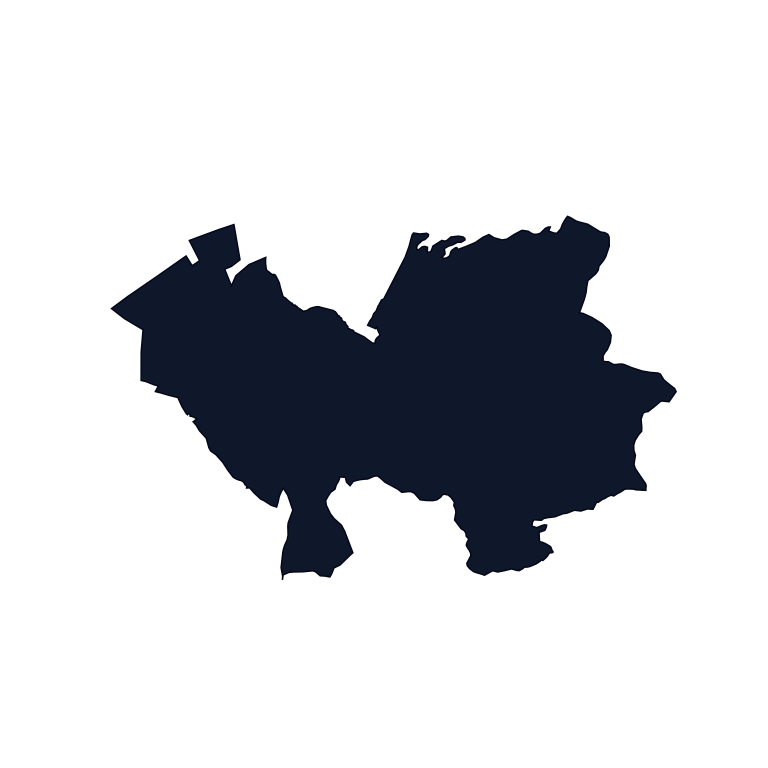 the district of Bocsa, Caras-Severin, Romania, rotated 19°
{"feature_id": "2599482B42018204539713", "entity_name": "Bocsa", "entity_type": "district", "adm_level": 2, "iso_a3": "ROU", "parent_name": "Romania", "parent_adm1": "Caras-Severin", "projection": "equal_earth", "projection_center": [21.744, 45.393], "detail": "fine", "context": "isolated", "style": "filled", "palette": "ink", "viewbox_px": 768, "rotation_deg": 19, "n_neighbors": 0, "source": "geoboundaries", "source_scale": "gbopen_adm2", "svg_char_len": 6158}
<svg xmlns="http://www.w3.org/2000/svg" viewBox="0 0 768 768"><g transform="rotate(19 384 384)"><path d="M541.3,532.1L547.6,525.1L552.6,524.8L559.4,520.8L564.6,517.4L566.7,517.2L570.7,517.0L572.8,516.3L575.3,513.4L576.5,511.3L578.3,510.8L580.7,509.5L583.6,507.1L586.7,504.2L589.3,500.8L590.0,499.2L591.7,499.1L593.7,495.4L594.6,493.4L595.4,489.8L596.9,489.3L598.5,488.3L598.3,487.4L597.2,486.8L595.0,484.0L593.4,483.3L588.4,482.3L584.7,482.1L583.7,482.4L582.8,482.2L581.9,481.4L580.3,477.2L579.3,474.9L579.0,474.0L579.4,473.4L583.0,470.6L583.8,469.7L583.9,468.8L584.0,465.9L583.7,464.5L581.6,464.9L579.4,466.4L575.4,470.0L575.0,470.1L570.4,470.2L569.8,469.0L569.4,466.2L570.0,463.6L577.2,461.6L578.9,459.1L581.0,457.9L582.1,457.1L584.2,456.2L589.0,453.8L595.3,448.5L599.0,446.6L605.1,441.4L611.5,440.0L617.0,435.9L622.4,434.4L623.5,426.4L625.0,426.2L628.5,421.5L629.8,420.7L632.2,417.6L634.9,415.2L637.6,415.1L640.8,411.1L642.1,410.0L646.0,405.0L648.2,404.0L653.9,402.2L656.7,402.0L666.2,399.3L665.5,397.1L665.1,395.1L664.5,394.0L663.7,393.0L655.3,386.8L649.0,382.0L646.5,378.5L644.9,369.5L642.0,365.6L640.0,360.5L639.8,355.4L641.3,349.0L643.0,344.9L642.2,342.1L641.1,339.3L638.6,333.8L638.5,330.4L638.6,327.2L639.3,326.2L640.3,325.4L641.4,324.7L642.6,324.2L646.8,317.7L650.7,311.1L652.2,309.6L659.3,308.0L662.7,296.1L660.3,293.7L653.9,291.5L647.6,289.1L644.8,287.0L642.2,284.7L639.6,284.4L631.8,286.4L623.7,287.7L612.9,287.9L604.5,287.4L602.0,287.8L600.5,288.4L595.9,290.5L593.9,290.8L589.0,289.9L586.5,290.7L583.8,291.1L582.0,286.1L582.6,282.4L583.9,278.9L584.5,271.0L582.9,264.0L579.5,260.2L570.5,256.1L558.9,253.4L549.4,252.5L547.4,252.7L545.6,253.3L545.8,238.3L545.3,231.8L544.0,225.9L543.1,219.9L548.4,210.7L549.5,206.7L548.9,202.5L550.9,197.0L551.7,194.2L552.2,191.3L552.1,180.3L549.0,171.8L547.0,169.7L546.1,169.4L543.3,169.0L540.6,169.6L538.7,169.7L524.7,166.6L515.5,167.3L512.3,167.3L506.4,166.0L503.0,165.7L502.0,168.4L501.2,172.1L500.7,175.0L500.6,179.8L498.4,185.2L495.5,185.9L489.9,185.8L490.1,181.4L488.2,182.1L486.0,184.1L482.7,190.6L480.1,192.5L477.0,193.7L473.8,193.4L470.6,192.6L464.4,193.8L458.4,200.2L453.0,207.1L448.6,209.4L440.4,209.9L434.6,208.5L429.9,212.9L424.3,220.5L416.5,227.5L410.9,232.1L410.0,232.4L409.0,232.1L408.5,231.3L407.0,232.1L404.5,235.7L404.2,237.3L404.3,241.5L402.4,244.1L399.5,245.9L397.3,245.2L398.3,244.0L399.4,241.1L397.0,236.3L400.1,232.7L404.0,229.8L407.2,226.2L410.8,224.9L413.7,221.4L412.9,219.9L410.6,219.2L406.1,220.0L399.4,223.2L396.5,228.1L394.7,229.2L392.0,229.4L385.4,237.6L385.3,242.1L384.9,244.0L382.0,245.3L380.6,240.5L377.8,240.6L375.5,241.8L372.8,246.2L371.1,245.7L370.3,243.9L370.6,241.2L373.5,235.8L375.7,234.1L377.8,230.0L377.4,228.1L375.3,227.6L369.0,230.5L362.8,231.6L362.1,233.5L362.3,237.9L362.9,245.7L362.7,257.4L356.1,303.6L354.2,305.5L353.8,308.4L353.6,309.3L353.5,310.9L353.1,311.6L352.8,317.6L351.4,320.8L351.3,324.6L351.2,325.5L350.0,329.5L349.4,333.8L358.1,334.4L358.4,332.5L362.2,336.9L364.4,338.9L362.4,342.5L361.9,343.9L361.7,345.3L362.0,347.8L361.7,348.5L359.9,349.1L359.4,349.0L349.6,345.9L338.8,344.6L338.2,344.3L337.9,343.5L337.5,343.4L335.9,343.3L334.6,343.6L333.4,343.0L332.8,343.1L332.4,343.5L331.8,343.5L331.7,343.1L331.4,342.7L331.4,341.7L329.6,340.5L329.0,340.8L328.6,340.8L328.4,340.4L328.5,339.7L327.9,339.4L327.7,338.6L327.4,338.3L326.7,338.1L325.3,338.2L324.6,338.0L323.1,336.9L322.4,335.5L321.1,335.4L319.1,334.1L318.9,334.1L318.6,334.9L318.2,334.9L317.1,333.3L315.1,331.9L314.2,331.4L313.4,331.5L312.2,331.0L298.8,332.1L297.5,332.1L295.7,332.6L293.9,333.5L290.7,335.7L289.1,337.0L288.1,338.6L286.7,340.0L285.9,340.5L285.1,340.8L284.2,341.5L276.8,339.6L276.7,339.2L276.3,338.9L275.0,339.3L274.8,338.7L274.2,338.3L273.8,338.6L273.7,339.0L273.0,338.7L272.2,338.6L271.7,338.8L271.5,338.1L271.1,337.6L269.6,337.6L265.9,336.2L262.7,334.7L261.2,334.6L260.3,334.1L260.0,334.1L254.6,326.5L252.2,322.7L250.3,320.6L246.5,317.0L245.9,316.5L245.4,316.3L244.2,316.2L244.2,317.3L242.1,316.6L240.6,316.3L239.4,315.7L236.3,314.8L235.2,313.5L232.9,308.8L231.7,305.6L231.0,302.8L217.5,315.0L208.7,329.9L207.8,340.9L196.0,327.3L201.5,322.4L207.4,313.4L190.2,282.1L177.0,292.2L153.2,311.7L169.5,327.4L164.1,334.6L155.2,327.4L134.0,356.6L113.3,384.6L101.8,401.4L117.1,406.6L138.5,411.1L144.0,432.8L153.2,459.7L157.7,459.2L166.4,459.6L171.3,459.3L170.3,465.6L175.7,465.1L184.6,464.7L193.5,463.9L200.3,471.1L206.7,476.4L208.3,477.0L208.8,475.6L210.5,475.7L210.6,476.2L211.0,476.7L210.9,477.4L211.4,477.5L213.0,477.2L215.0,477.3L215.5,477.5L216.3,477.4L218.4,478.1L215.8,481.8L219.7,484.0L224.8,488.3L233.6,493.1L239.2,501.3L242.0,503.8L248.0,505.5L257.0,510.5L264.1,516.1L271.7,521.2L273.9,521.7L276.1,522.0L278.4,522.0L280.7,521.8L284.3,522.9L284.2,523.4L285.7,524.7L286.4,524.5L286.7,524.7L287.0,525.2L287.8,525.8L287.9,527.1L290.8,525.9L296.6,529.3L304.8,532.9L308.6,533.4L316.8,535.4L322.5,535.3L322.3,530.3L321.6,524.7L321.6,523.9L321.9,519.6L322.6,515.3L329.1,520.4L338.9,533.0L338.6,546.4L339.4,549.8L342.5,558.1L343.2,563.2L342.8,566.4L342.6,569.6L342.7,572.8L343.1,576.0L346.5,591.1L350.8,598.8L351.7,602.3L350.8,597.3L355.5,593.0L359.6,591.2L368.6,587.9L377.3,583.9L380.4,583.8L386.1,586.1L390.8,584.8L395.6,584.1L396.1,581.7L396.4,579.3L396.5,576.8L396.5,574.3L401.4,569.4L408.0,556.3L409.5,553.7L394.6,535.9L389.8,531.4L380.8,527.6L375.6,524.2L369.0,517.5L366.8,513.3L367.6,508.5L368.8,503.8L371.9,499.4L371.7,494.9L372.2,492.8L372.6,490.6L372.7,488.4L372.6,486.2L377.9,484.8L380.5,489.0L385.0,491.2L386.7,486.1L389.6,484.0L392.8,482.1L396.1,480.5L399.5,479.1L404.8,474.3L407.7,473.0L410.9,474.0L417.1,476.6L431.2,478.9L436.1,480.6L442.3,477.7L444.8,477.0L448.2,477.4L455.9,481.7L462.2,480.3L468.3,478.3L471.8,476.2L474.4,472.6L475.4,469.5L477.3,468.5L480.8,468.1L484.3,469.4L489.0,472.8L489.6,476.3L491.5,478.2L493.0,480.3L493.8,482.2L495.0,489.6L504.2,495.8L507.3,496.4L509.0,497.5L510.4,499.1L511.2,501.1L513.7,502.4L514.7,503.7L514.3,505.2L514.1,506.7L514.1,508.2L514.3,509.7L516.5,511.8L519.0,513.7L521.0,515.7L522.0,518.1L520.7,526.5L521.8,528.6L524.9,530.6L529.6,532.2L532.3,532.3L538.5,532.0L541.3,532.1Z" fill="#0f172a" stroke="#020617" stroke-width="1.5"/></g></svg>